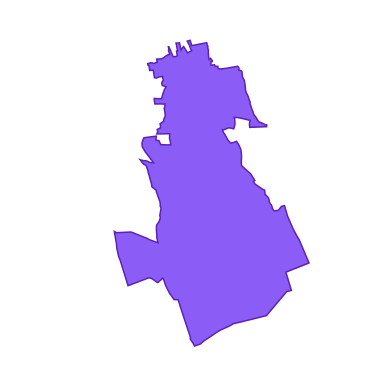 outline of Tixcacalcupul, Yucatán, Mexico, rotated 338°
{"feature_id": "50627088B72641444034530", "entity_name": "Tixcacalcupul", "entity_type": "district", "adm_level": 2, "iso_a3": "MEX", "parent_name": "Mexico", "parent_adm1": "Yucatán", "projection": "robinson", "projection_center": [-88.305, 20.412], "detail": "fine", "context": "isolated", "style": "filled", "palette": "violet", "viewbox_px": 384, "rotation_deg": 338, "n_neighbors": 0, "source": "geoboundaries", "source_scale": "gbopen_adm2", "svg_char_len": 5787}
<svg xmlns="http://www.w3.org/2000/svg" viewBox="0 0 384 384"><g transform="rotate(338 192 192)"><path d="M273.9,301.6L273.5,276.6L272.7,271.4L271.9,263.8L271.6,250.4L271.7,248.7L272.7,239.3L271.2,239.0L270.7,238.9L270.1,238.9L269.5,238.8L269.2,239.0L268.6,239.4L267.4,240.0L266.9,240.4L266.3,240.7L265.7,240.9L265.2,241.1L264.8,241.2L264.0,241.1L263.4,241.0L263.1,240.8L262.7,240.7L262.4,240.6L261.7,240.5L261.5,240.4L261.1,240.1L260.5,238.4L260.4,237.8L260.5,236.9L260.6,235.9L260.8,234.6L260.8,233.7L260.5,232.9L260.2,232.4L260.1,231.3L260.1,230.2L260.1,229.9L260.4,229.3L260.5,228.3L260.6,227.2L260.7,226.5L260.6,226.1L260.4,225.3L260.3,225.0L260.2,224.5L260.0,224.0L259.6,223.3L259.4,222.6L259.3,222.3L259.2,222.1L258.9,221.7L259.0,221.4L260.1,217.5L258.7,216.1L258.2,215.5L257.6,214.6L253.9,209.0L253.4,208.1L253.2,207.4L253.1,206.4L253.0,205.3L254.6,204.8L253.2,197.1L249.5,189.6L248.2,187.0L248.0,185.8L248.2,184.6L248.5,184.1L248.7,183.3L249.1,182.1L249.7,181.0L251.4,177.4L252.3,174.3L252.6,173.5L253.1,171.3L253.2,168.1L253.0,165.1L252.7,163.9L252.3,161.7L249.3,161.6L248.7,161.6L248.4,161.5L247.8,161.4L246.9,161.3L246.0,161.1L245.7,159.8L245.2,158.4L245.1,158.1L244.9,157.6L244.7,157.1L244.7,156.2L244.6,155.1L244.4,153.9L244.3,153.4L244.1,152.5L244.0,151.9L244.1,151.0L244.0,150.5L243.8,149.7L243.5,149.0L243.4,148.5L243.5,148.1L243.5,147.9L243.5,147.1L243.5,146.6L243.5,146.4L243.6,145.7L244.4,146.1L244.7,146.2L246.3,146.3L246.6,146.4L247.7,146.2L248.2,146.2L248.8,146.2L249.0,146.2L249.5,146.2L250.0,146.3L250.4,146.4L250.8,146.6L251.2,146.8L251.5,147.0L252.3,147.5L252.8,147.9L253.0,148.1L253.4,148.4L254.3,149.1L257.2,145.4L258.1,142.9L258.7,141.0L259.0,139.9L259.1,138.7L261.7,139.8L264.4,141.5L266.0,142.6L272.6,147.3L270.7,150.5L269.7,153.7L285.7,159.4L286.4,157.8L285.9,157.4L285.1,157.0L284.6,156.4L283.8,155.6L283.1,154.6L282.5,154.1L282.2,153.7L281.9,153.4L281.6,153.3L281.0,152.8L280.6,152.4L280.3,151.8L279.9,151.0L279.8,149.8L279.7,149.0L279.5,148.5L279.5,147.7L279.3,146.6L279.1,146.0L278.9,145.5L278.8,145.0L278.3,142.9L278.4,142.2L278.5,141.0L278.6,140.4L278.6,139.3L278.5,138.5L278.6,137.6L278.7,136.0L278.8,134.1L279.0,131.7L279.2,131.1L279.4,130.8L279.6,129.8L279.6,128.9L279.6,128.3L279.6,127.7L279.6,127.3L279.6,126.9L279.7,126.1L279.8,125.3L279.9,124.4L279.8,123.0L279.7,122.6L279.6,121.2L279.6,119.8L279.9,117.3L281.2,113.1L282.3,108.3L282.2,106.2L282.1,105.4L281.9,104.5L282.1,103.7L283.4,99.1L283.0,97.8L281.1,96.6L281.9,95.0L281.9,93.7L281.4,92.5L272.1,90.6L265.4,88.9L264.1,88.3L262.5,87.4L262.6,86.2L263.0,85.5L263.1,85.2L260.6,84.2L260.5,82.4L257.1,81.6L258.2,78.5L259.4,78.7L260.1,78.2L259.9,77.3L259.2,75.0L257.5,75.5L258.2,72.5L259.1,69.7L260.4,66.2L260.6,64.4L261.4,62.5L261.0,62.1L261.6,59.2L258.0,58.4L252.9,57.4L248.7,56.6L246.7,56.2L247.1,50.6L245.1,50.5L244.1,50.3L244.2,51.9L244.6,55.2L244.4,57.4L244.4,58.7L244.6,60.8L240.1,61.3L239.6,58.7L238.7,54.0L237.5,54.5L236.1,55.4L235.0,56.3L236.3,49.0L235.4,48.8L234.8,48.5L234.3,48.5L234.0,48.3L233.0,47.9L231.5,55.8L230.4,55.5L229.7,58.9L229.6,60.2L227.7,60.3L225.2,59.4L225.0,50.3L225.0,48.8L224.5,48.5L224.1,50.4L223.2,52.1L222.9,56.0L221.0,55.8L218.8,56.1L216.2,56.8L213.9,57.1L210.9,56.2L209.0,55.5L208.4,58.6L204.8,58.5L203.6,57.4L201.8,56.6L198.9,56.4L198.7,58.0L199.4,59.1L198.9,60.8L198.3,63.5L201.7,64.5L200.0,72.0L201.9,73.1L204.2,72.9L206.5,73.5L207.9,73.8L207.5,75.8L207.3,77.8L206.4,78.1L205.4,78.8L204.8,79.6L204.5,80.5L204.3,82.1L207.4,84.6L204.5,87.0L202.0,89.8L198.7,94.1L195.8,92.9L192.1,91.1L191.4,92.6L190.6,96.5L192.6,97.3L195.8,98.5L197.8,99.5L200.0,100.3L198.7,102.8L197.4,104.2L197.5,104.8L196.5,108.7L195.8,111.5L193.9,113.1L192.6,114.7L192.2,116.0L191.0,116.0L187.9,116.8L187.7,118.6L186.7,120.7L183.2,121.0L182.6,123.5L181.1,125.0L193.1,129.6L191.2,133.9L190.9,136.3L190.1,140.3L187.4,139.3L185.8,138.7L180.8,136.3L180.6,132.0L178.0,130.5L179.8,126.8L167.8,123.7L167.3,124.1L166.8,124.6L166.3,125.0L165.8,125.7L164.4,127.2L163.9,128.0L162.8,131.4L163.8,137.7L164.1,138.7L167.3,150.4L166.7,150.1L166.1,149.8L165.4,149.5L164.6,149.2L164.3,148.9L164.0,148.6L163.2,147.9L162.9,147.6L162.7,147.3L162.6,147.1L162.0,146.6L161.5,146.2L160.6,145.6L160.1,145.3L159.3,145.0L158.7,144.6L158.1,144.3L157.4,143.8L156.6,143.1L156.0,142.6L156.2,143.4L156.3,143.7L156.4,144.1L156.5,144.5L156.6,145.0L156.7,145.6L156.9,146.2L157.0,146.6L157.1,146.9L157.1,147.1L157.5,147.7L157.7,148.2L158.1,148.7L158.8,149.4L159.2,149.8L159.4,151.3L159.3,152.2L159.3,152.8L159.3,153.0L159.3,153.5L159.2,154.2L159.1,155.3L159.1,155.6L159.0,156.2L158.9,156.9L158.7,157.3L158.6,158.0L158.6,158.9L158.5,159.3L158.5,159.6L158.5,159.9L158.5,160.4L158.5,160.9L158.3,161.9L158.1,162.9L158.1,163.8L158.0,164.5L157.9,165.0L157.8,166.0L157.8,166.7L157.7,167.1L157.7,167.7L157.5,169.0L157.4,169.8L157.3,170.5L157.1,171.0L156.8,171.5L156.8,171.8L156.8,172.1L157.0,172.6L157.1,172.9L157.3,173.4L157.8,173.8L158.0,174.3L158.4,175.1L158.8,175.6L159.2,176.3L159.4,176.6L159.4,177.0L159.2,177.6L159.0,178.8L158.6,189.5L157.2,193.5L157.3,195.4L153.4,201.6L152.9,204.1L150.7,206.8L149.1,207.9L147.1,209.2L145.9,211.0L144.5,214.6L143.2,219.0L142.3,221.0L141.4,226.3L134.7,220.3L133.4,218.6L120.6,206.3L106.7,201.4L106.1,200.6L105.2,199.5L102.5,211.9L101.2,216.0L100.5,220.3L99.8,224.4L99.8,229.2L99.7,230.2L97.6,254.9L120.2,255.4L122.6,257.6L125.9,262.9L127.1,263.0L132.6,260.9L132.9,262.9L132.5,269.0L132.7,270.9L133.2,277.1L135.1,285.1L138.8,286.7L138.1,295.3L137.2,308.9L136.1,326.3L135.3,327.6L135.7,329.6L136.4,332.8L136.6,335.8L138.0,335.8L142.9,336.1L147.3,334.5L151.9,333.6L161.1,331.6L162.1,331.4L166.4,330.7L177.5,330.2L181.1,329.6L189.1,330.9L194.5,331.6L198.2,332.2L211.3,334.0L214.7,334.5L242.5,319.8L247.3,320.5L249.0,301.5L273.9,301.6Z" fill="#8b5cf6" stroke="#5b21b6" stroke-width="1.5"/></g></svg>